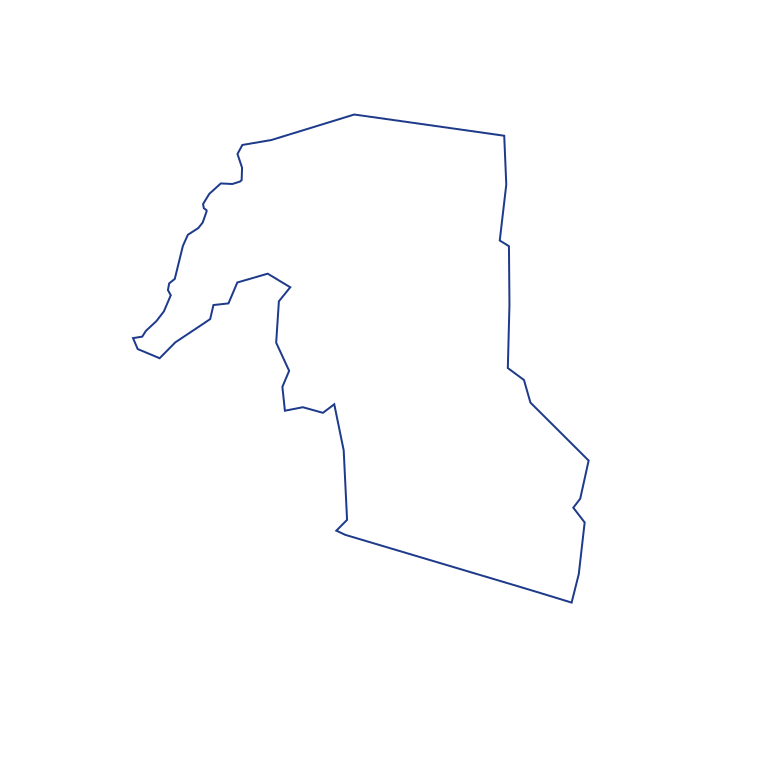 Grant, West Virginia, United States of America, rotated 336°
{"feature_id": "52423323B78270191990376", "entity_name": "Grant", "entity_type": "district", "adm_level": 2, "iso_a3": "USA", "parent_name": "United States of America", "parent_adm1": "West Virginia", "projection": "mercator", "projection_center": [-79.285, 39.071], "detail": "fine", "context": "isolated", "style": "outline", "palette": "blue", "viewbox_px": 768, "rotation_deg": 336, "n_neighbors": 0, "source": "geoboundaries", "source_scale": "gbopen_adm2", "svg_char_len": 934}
<svg xmlns="http://www.w3.org/2000/svg" viewBox="0 0 768 768"><g transform="rotate(336 384 384)"><path d="M466.5,660.0L484.6,636.9L511.0,592.1L506.6,574.0L516.6,568.6L539.8,537.2L510.2,460.5L513.5,437.3L503.6,419.8L530.9,362.5L554.2,308.9L548.1,300.0L576.8,251.6L594.8,206.1L466.4,125.7L380.4,115.3L351.8,108.0L343.7,114.3L342.3,128.7L336.9,139.8L334.8,140.5L326.8,139.6L316.5,134.4L301.8,139.2L291.9,146.0L290.9,150.1L292.5,152.9L292.3,154.0L284.1,162.7L277.8,166.0L265.5,167.9L256.4,176.1L235.6,202.9L228.7,204.7L224.8,210.3L225.3,216.2L212.5,228.1L201.8,233.9L188.1,238.6L182.4,242.4L173.4,240.0L173.2,251.9L189.5,269.2L210.2,261.1L251.6,254.0L260.3,242.5L274.7,247.1L291.3,231.6L322.6,235.9L337.7,257.5L321.6,265.7L302.3,302.4L302.7,333.4L290.0,345.3L282.6,368.1L300.4,372.2L316.5,385.5L330.3,382.3L320.2,428.2L295.0,493.1L280.8,498.6L287.3,506.1L430.3,628.6L466.5,660.0Z" fill="none" stroke="#1e3a8a" stroke-width="2"/></g></svg>